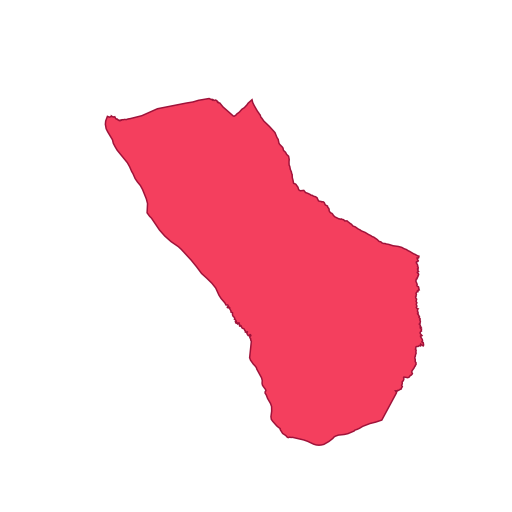 outline of Liwale, Lindi, United Republic of Tanzania, rotated 313°
{"feature_id": "72390352B80391364217442", "entity_name": "Liwale", "entity_type": "district", "adm_level": 2, "iso_a3": "TZA", "parent_name": "United Republic of Tanzania", "parent_adm1": "Lindi", "projection": "equal_earth", "projection_center": [38.174, -9.186], "detail": "fine", "context": "isolated", "style": "filled", "palette": "rose", "viewbox_px": 512, "rotation_deg": 313, "n_neighbors": 0, "source": "geoboundaries", "source_scale": "gbopen_adm2", "svg_char_len": 6121}
<svg xmlns="http://www.w3.org/2000/svg" viewBox="0 0 512 512"><g transform="rotate(313 256 256)"><path d="M367.6,146.5L362.3,146.0L360.5,146.3L356.5,146.3L353.7,145.6L349.9,145.7L346.7,145.1L345.2,145.2L343.3,144.7L342.9,144.0L342.5,130.2L343.2,125.1L342.5,124.1L342.7,123.3L342.3,123.2L342.4,122.7L342.6,122.7L342.8,122.1L342.8,121.2L342.6,120.8L342.6,120.2L341.2,119.3L341.0,117.7L340.8,117.7L340.6,117.3L340.4,117.5L340.3,116.8L339.9,116.5L339.2,114.3L330.7,107.8L325.6,104.8L320.3,100.7L296.5,83.5L280.7,76.8L270.8,70.4L269.0,69.0L267.3,68.1L266.2,66.7L265.0,65.9L264.4,65.1L263.8,64.8L263.5,65.0L262.9,64.1L262.4,64.4L261.8,63.8L261.8,63.0L261.5,62.9L261.5,61.0L261.3,60.7L261.1,60.9L260.8,59.8L261.5,57.8L261.1,57.7L260.9,57.2L260.6,57.2L260.0,56.1L259.8,54.7L259.3,55.1L258.5,54.5L257.6,54.2L256.8,52.1L252.2,54.0L249.6,56.0L246.9,59.6L245.7,62.8L243.1,71.8L241.1,74.8L239.8,78.5L238.7,82.3L236.5,98.3L235.1,102.7L233.0,107.5L232.4,109.7L230.2,114.8L229.3,118.8L228.7,123.4L227.3,127.6L223.0,136.8L220.4,140.9L213.3,146.9L212.5,151.1L212.4,153.7L209.2,167.6L208.4,175.6L208.6,184.2L209.9,192.8L209.9,196.8L208.8,211.3L207.6,219.9L206.1,228.1L206.2,235.2L206.0,242.4L205.1,248.4L202.1,255.6L201.1,259.5L200.5,265.1L199.7,267.5L200.6,268.3L200.9,268.8L200.8,269.2L200.4,270.0L199.3,269.8L198.8,270.1L199.1,271.1L200.2,271.5L200.2,272.2L199.5,272.7L198.8,275.1L197.9,275.9L198.5,277.4L198.4,277.7L197.5,278.3L196.7,279.4L196.3,280.4L196.3,282.0L195.9,283.0L195.0,283.4L195.3,284.4L194.9,285.9L194.7,286.2L194.1,285.8L194.0,286.3L193.3,286.6L193.3,287.0L193.4,287.4L194.2,287.7L194.2,288.0L193.8,288.5L193.8,288.8L194.5,288.5L195.4,289.1L195.5,289.5L194.6,289.9L194.5,291.0L193.7,291.5L193.6,291.9L193.8,292.2L194.6,292.2L194.8,292.5L193.9,294.7L193.9,295.4L194.5,296.6L194.5,297.1L194.0,298.3L194.0,299.2L193.1,300.0L193.4,300.7L194.6,301.2L194.6,301.5L193.4,301.8L192.7,303.4L192.5,304.7L192.9,305.1L194.5,305.3L194.7,305.6L194.2,306.6L193.6,306.6L193.2,306.2L192.4,306.8L191.9,307.8L191.9,308.4L190.9,309.5L190.4,310.8L176.9,321.0L177.2,320.9L176.1,323.0L175.1,327.8L175.0,330.0L174.6,332.5L173.9,333.5L170.7,343.1L169.2,345.5L167.1,347.2L166.0,348.7L165.6,350.1L164.9,353.9L164.3,355.1L162.9,355.3L161.9,356.2L161.4,358.2L159.7,361.7L158.0,367.3L156.5,370.1L153.2,373.3L148.7,376.5L147.0,378.6L146.5,381.0L145.9,387.0L146.0,389.2L146.3,391.4L145.6,392.0L144.4,396.5L144.9,399.5L145.0,400.9L144.8,402.1L145.1,403.4L146.4,404.1L147.2,405.4L148.3,406.4L154.0,416.3L155.7,420.2L157.7,426.5L158.9,428.9L160.6,431.1L162.3,432.6L164.5,434.1L170.0,435.8L174.9,436.6L176.7,436.5L178.3,436.9L181.2,438.4L185.7,442.3L188.8,444.4L194.9,447.1L196.2,447.1L198.2,448.2L200.6,449.2L204.2,450.2L211.2,453.6L216.1,456.8L221.8,459.9L251.9,452.0L252.5,449.9L253.2,450.6L253.4,451.4L253.9,451.6L254.3,451.3L255.2,452.0L256.7,452.3L257.1,452.7L257.9,452.9L258.8,452.3L260.0,452.2L260.4,452.0L260.6,450.8L260.8,450.6L261.9,450.3L262.8,449.7L263.4,448.9L264.0,448.7L265.2,448.8L266.8,448.1L267.9,446.7L268.3,446.7L269.2,447.9L270.4,449.9L271.4,450.4L272.0,450.6L274.0,450.3L274.8,450.8L276.4,450.7L276.7,450.6L277.2,449.2L278.4,448.4L281.7,448.0L283.3,447.5L284.1,447.5L284.6,447.1L285.7,447.1L287.1,445.8L287.3,444.5L288.9,443.1L289.7,441.7L290.5,441.1L291.2,441.0L292.4,440.1L294.1,439.4L294.8,438.4L296.4,437.3L296.6,436.1L297.4,435.9L298.4,435.0L299.2,435.1L300.5,436.3L301.8,436.5L302.4,437.6L303.5,436.7L303.7,437.1L303.9,436.9L304.0,438.6L304.3,439.6L305.2,439.3L306.7,437.4L306.7,437.1L306.3,436.3L306.4,435.8L307.5,435.7L308.4,434.5L309.2,431.3L309.7,430.9L310.1,431.4L311.0,431.7L311.2,429.4L311.6,428.4L313.1,427.9L314.0,428.2L314.4,427.5L315.5,426.9L315.3,425.4L316.0,424.6L316.5,425.2L316.9,423.9L317.5,423.3L317.4,422.1L317.6,421.8L318.8,421.9L319.2,421.4L319.8,421.2L320.5,420.6L320.9,419.3L321.5,419.3L322.1,418.7L322.3,417.1L323.3,416.7L323.3,415.8L323.7,415.2L323.9,413.6L324.8,413.6L325.5,412.6L325.4,412.2L325.5,412.0L327.1,410.6L327.9,410.6L327.4,409.2L327.8,408.2L329.1,407.9L329.8,406.3L330.1,406.0L331.5,405.6L332.0,404.0L334.0,402.9L334.2,401.7L334.8,400.7L335.1,400.5L335.9,400.5L336.3,399.9L337.1,399.7L337.9,398.4L340.0,398.3L340.4,398.0L340.6,398.5L340.9,398.1L341.5,398.0L342.5,398.5L342.9,397.6L343.3,397.3L343.3,397.0L344.1,396.3L344.3,395.6L343.9,394.9L344.1,393.9L344.7,393.4L345.2,393.2L346.6,390.1L348.4,389.0L348.8,389.3L349.4,389.2L350.2,388.6L351.3,388.6L351.8,388.1L353.3,387.7L353.8,386.9L353.7,385.9L353.9,385.2L354.2,385.0L355.5,385.5L355.9,384.0L356.4,383.3L356.8,383.5L357.2,382.7L357.8,382.9L358.5,382.0L358.6,381.2L359.2,380.9L359.8,379.9L360.2,378.2L360.6,378.0L360.7,377.5L361.3,377.3L362.5,378.1L363.2,377.9L363.4,376.9L364.3,375.3L364.8,375.9L365.2,375.7L365.7,376.1L367.0,375.3L366.3,373.9L365.6,370.9L365.1,369.8L364.1,364.9L363.7,364.0L363.3,361.6L362.4,359.5L361.7,356.7L360.0,353.5L357.0,349.3L355.0,345.1L353.5,342.9L353.2,341.9L352.1,340.7L351.5,339.3L351.5,337.6L350.6,336.1L350.7,333.4L350.1,329.2L349.4,327.7L349.2,326.0L348.5,323.8L347.7,319.8L346.2,315.8L346.1,314.4L345.5,312.6L345.0,308.7L344.0,306.4L344.3,304.5L344.2,303.2L343.9,302.6L344.0,301.9L343.8,300.3L343.8,298.7L342.2,297.0L342.3,295.3L341.5,294.0L341.4,293.3L340.7,293.0L340.3,291.9L339.8,291.6L338.4,286.9L338.5,284.9L338.9,283.3L338.9,282.3L338.5,281.2L338.6,279.8L339.0,278.6L340.1,277.5L340.5,276.5L340.5,275.4L341.3,274.2L340.6,271.8L341.6,269.5L341.5,268.3L341.2,267.8L340.4,267.2L340.4,266.6L339.3,265.0L339.0,264.1L339.6,262.3L340.2,261.2L340.0,259.2L338.9,257.2L338.8,255.9L338.0,254.7L337.9,253.5L337.1,251.0L336.2,249.0L336.6,246.2L334.0,244.0L333.6,242.9L333.8,241.6L334.8,240.0L335.2,238.7L335.2,237.9L335.6,236.6L335.6,235.9L334.8,233.9L336.7,231.3L338.0,229.2L340.3,226.8L340.7,225.7L341.6,224.6L342.7,222.1L344.6,219.5L345.1,218.2L347.3,216.0L349.2,214.5L351.2,211.8L351.2,209.1L352.0,206.9L352.0,204.4L352.2,203.7L353.3,202.2L353.6,201.2L353.8,197.1L354.2,195.8L356.4,192.7L357.0,190.4L359.2,185.7L359.9,177.4L360.0,169.7L360.8,166.1L360.8,165.0L362.0,162.8L362.1,161.7L362.6,159.9L362.8,158.5L364.8,152.0L366.0,148.9L367.6,146.5Z" fill="#f43f5e" stroke="#9f1239" stroke-width="1.5"/></g></svg>